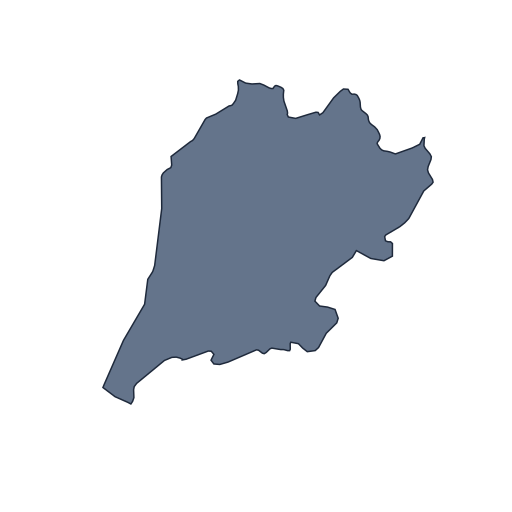 Saarland, Natural Earth projection, rotated 298°
{"feature_id": "DEU-1581", "entity_name": "Saarland", "entity_type": "State", "adm_level": 1, "iso_a3": "DEU", "parent_name": "Germany", "parent_adm1": "", "projection": "natural_earth1", "projection_center": [7.056, 49.367], "detail": "fine", "context": "isolated", "style": "filled", "palette": "slate", "viewbox_px": 512, "rotation_deg": 298, "n_neighbors": 0, "source": "natural_earth", "source_scale": "10m", "svg_char_len": 2548}
<svg xmlns="http://www.w3.org/2000/svg" viewBox="0 0 512 512"><g transform="rotate(298 256 256)"><path d="M66.6,215.0L66.6,211.6L65.6,197.6L68.0,182.6L70.8,182.3L119.3,178.6L161.1,180.3L184.6,171.4L193.2,172.1L194.6,172.0L200.0,171.0L253.6,150.5L281.4,135.4L283.5,135.0L285.9,135.2L290.7,137.0L294.0,139.3L296.7,138.9L304.0,134.3L326.3,144.5L328.1,145.7L330.6,146.3L352.7,147.0L354.6,147.5L362.4,153.9L375.9,161.8L376.9,163.1L377.9,164.0L380.2,164.5L384.0,164.9L390.8,163.6L394.2,162.6L397.4,160.8L399.5,159.1L401.6,157.9L402.7,158.3L403.7,158.8L403.8,165.7L406.0,171.7L410.1,178.4L410.6,182.7L410.6,188.8L411.1,191.0L411.9,192.4L413.4,192.5L414.8,192.8L415.6,193.2L416.1,194.1L416.4,195.6L416.7,198.9L416.5,201.1L415.4,202.7L411.7,204.2L408.9,205.7L405.9,207.9L398.9,215.4L397.0,216.8L395.6,217.1L393.9,219.3L396.1,226.4L404.9,235.1L411.1,241.4L411.9,243.4L411.7,243.8L411.5,244.2L411.1,244.7L410.4,245.9L413.9,247.8L432.1,250.3L440.9,253.1L444.5,254.8L446.4,259.0L444.4,262.2L444.1,263.2L443.9,264.8L445.1,266.8L445.5,268.4L445.3,270.0L443.5,272.8L442.2,274.4L440.7,275.7L436.5,278.3L434.8,279.9L434.2,281.2L433.3,286.3L432.7,288.2L431.6,289.6L429.1,291.3L428.1,292.3L427.1,293.6L426.6,295.0L426.2,296.8L425.7,300.2L424.4,303.8L422.0,307.2L421.1,308.3L420.3,309.0L419.7,309.5L418.9,309.8L417.9,310.2L416.3,310.3L415.7,310.3L415.3,310.2L415.0,310.1L414.4,310.0L413.6,309.9L412.3,310.1L412.0,310.3L411.5,311.1L409.3,314.9L408.7,317.1L408.8,319.3L410.1,323.0L410.8,325.7L411.4,330.2L411.6,331.2L424.6,343.1L431.5,348.1L438.8,348.0L439.5,349.1L439.7,349.3L438.2,349.7L432.2,352.5L430.5,354.8L427.8,361.6L426.0,364.2L423.3,365.2L415.8,366.0L412.6,367.0L410.3,369.3L406.4,375.9L404.3,377.7L402.0,377.4L392.2,373.6L360.8,373.3L355.1,371.7L349.4,369.2L335.5,360.7L333.5,360.5L330.2,363.2L330.5,365.8L331.7,368.2L331.1,370.6L319.9,376.5L311.9,371.2L307.7,358.5L307.9,342.1L300.0,341.7L277.3,331.0L273.3,330.5L262.7,331.3L247.5,328.4L243.8,329.2L241.7,335.6L244.5,343.2L245.9,350.9L239.6,357.8L234.9,358.7L220.8,354.3L204.5,354.2L200.3,352.7L195.6,346.2L196.6,340.5L198.5,334.6L196.2,327.2L194.7,327.3L189.8,330.0L188.2,330.1L187.3,328.4L186.5,324.8L186.1,323.8L185.0,321.8L182.1,313.2L180.6,311.9L175.6,310.3L173.6,309.1L173.2,307.2L174.0,302.5L173.4,300.5L149.2,281.1L143.2,274.9L140.9,269.5L142.9,265.2L149.4,265.0L150.9,261.2L149.7,258.5L132.1,242.8L129.6,239.7L130.3,239.5L130.2,236.9L129.3,233.1L127.0,229.3L120.8,224.2L87.5,210.4L83.5,209.8L80.5,210.7L73.6,214.7L69.7,215.3L66.6,215.0Z" fill="#64748b" stroke="#1e293b" stroke-width="1.5"/></g></svg>